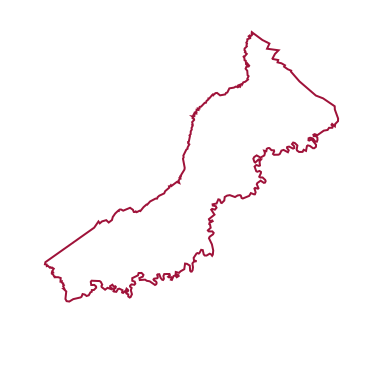 outline of Chumphon Buri, Surin, Thailand, rotated 310°
{"feature_id": "78962969B67487530152126", "entity_name": "Chumphon Buri", "entity_type": "district", "adm_level": 2, "iso_a3": "THA", "parent_name": "Thailand", "parent_adm1": "Surin", "projection": "mercator", "projection_center": [103.342, 15.383], "detail": "fine", "context": "isolated", "style": "outline", "palette": "rose", "viewbox_px": 384, "rotation_deg": 310, "n_neighbors": 0, "source": "geoboundaries", "source_scale": "gbopen_adm2", "svg_char_len": 6039}
<svg xmlns="http://www.w3.org/2000/svg" viewBox="0 0 384 384"><g transform="rotate(310 192 192)"><path d="M233.5,154.5L228.3,157.3L227.7,156.9L226.8,157.9L226.8,159.3L223.2,160.0L222.3,160.8L220.8,160.4L214.3,162.0L213.2,163.3L211.7,163.7L205.8,170.9L204.3,171.8L198.2,172.7L196.9,173.4L196.3,172.9L195.0,174.4L194.5,173.6L193.9,174.3L192.0,174.3L190.7,176.4L190.0,173.9L183.4,172.4L183.7,171.4L182.0,171.4L181.5,170.8L180.8,171.8L175.4,170.9L173.1,171.6L168.1,169.3L166.0,169.0L164.5,169.5L163.5,168.3L157.9,166.0L153.4,165.8L153.2,165.2L149.3,164.6L144.2,164.7L144.0,163.9L141.0,162.6L141.0,161.4L140.0,161.2L139.3,160.2L140.4,158.2L140.1,154.7L133.5,151.3L133.0,149.0L132.1,147.9L130.8,147.6L130.3,148.1L129.7,147.4L126.1,147.0L121.9,147.4L119.1,148.7L115.1,147.8L115.3,144.4L111.7,142.0L108.7,141.5L109.3,139.3L101.8,140.0L44.0,124.8L42.1,125.8L43.0,127.3L41.9,128.4L42.8,129.0L42.7,131.9L43.5,132.1L43.5,133.1L44.2,133.5L44.4,135.4L41.7,135.8L41.3,136.8L40.9,136.1L40.1,136.5L40.6,137.2L39.4,137.5L39.6,138.4L38.7,140.6L39.0,141.3L38.5,141.7L40.7,144.2L41.7,146.7L38.9,148.8L39.9,149.7L38.9,150.3L39.2,152.1L38.4,152.6L38.3,153.8L37.0,153.8L35.7,156.7L35.2,156.1L35.0,159.6L28.7,163.8L27.8,166.1L29.2,168.4L33.6,169.9L39.6,174.4L40.8,174.7L43.5,173.8L44.5,175.7L44.6,178.1L46.5,179.3L49.8,178.7L51.1,179.3L52.5,178.3L53.8,179.8L57.1,180.1L58.0,179.2L58.0,176.9L56.0,174.6L58.1,172.2L59.5,172.1L64.4,178.5L64.5,180.0L63.3,182.8L61.7,183.1L61.1,184.0L61.3,188.2L64.3,188.9L65.8,193.0L66.7,192.6L66.4,190.8L67.2,189.8L69.8,190.6L69.2,192.9L70.5,193.8L70.4,194.6L69.1,195.2L67.2,194.3L66.6,195.5L65.5,195.7L65.6,196.3L66.9,198.2L70.1,197.7L71.2,198.4L72.1,201.9L70.1,203.0L70.4,204.1L74.2,204.6L75.9,204.0L75.9,205.7L75.2,206.6L74.2,206.6L73.2,205.6L72.5,206.0L72.1,207.1L72.6,209.0L71.0,210.3L71.1,212.1L72.0,212.5L75.1,211.7L77.4,208.3L79.7,207.4L79.7,205.4L80.5,204.8L82.3,205.0L83.9,207.5L85.3,207.5L86.5,205.7L85.6,203.3L87.6,201.6L93.4,204.2L95.6,203.2L97.6,205.4L97.3,208.1L95.5,208.7L92.2,207.0L91.0,208.6L94.7,212.4L94.9,214.4L96.4,217.0L97.0,223.4L98.3,223.9L99.6,223.4L100.3,222.2L99.9,219.6L100.3,218.7L101.3,218.7L103.7,220.9L104.9,220.5L106.1,218.6L106.8,218.6L108.0,219.8L106.1,223.1L105.6,225.5L106.0,226.4L107.4,226.3L109.3,224.1L111.3,223.5L114.7,227.4L114.1,228.5L111.7,228.2L111.8,229.3L113.4,230.9L112.8,231.9L111.3,232.2L111.7,233.1L115.7,231.9L117.4,232.8L116.9,235.1L119.1,235.8L119.6,235.1L118.5,232.3L120.3,231.0L121.7,234.0L123.9,234.2L127.9,235.7L132.7,232.7L133.7,234.3L134.2,237.6L130.5,241.2L130.3,242.3L130.8,242.9L132.5,242.7L135.0,241.1L137.6,238.2L139.9,238.2L142.0,240.0L140.9,237.5L142.6,235.6L147.8,235.0L148.8,235.5L149.2,236.8L150.3,236.9L153.6,236.2L154.4,237.6L151.8,241.0L151.5,242.5L152.7,244.0L156.1,245.2L156.5,246.5L156.1,248.4L157.4,248.2L160.8,245.9L164.7,240.9L167.5,234.7L169.1,234.3L173.2,235.3L174.6,234.9L174.9,232.9L172.5,230.0L172.8,228.8L176.6,229.3L178.5,226.9L178.5,225.8L179.6,225.3L182.9,226.6L183.2,225.8L181.7,224.8L181.3,223.8L182.1,222.4L189.1,223.8L190.8,218.1L192.0,218.3L193.2,220.9L195.7,220.9L196.4,219.3L195.0,216.6L195.8,215.7L199.0,218.2L203.3,216.9L203.9,218.1L202.4,221.2L202.7,221.9L206.2,222.2L209.2,220.3L211.8,221.2L213.9,223.0L215.8,228.2L218.7,229.2L220.4,230.7L220.6,231.7L219.3,233.9L219.7,235.1L225.8,238.3L229.0,237.8L230.1,241.1L230.7,241.7L232.7,240.9L234.8,237.6L235.7,237.7L236.9,240.4L237.6,240.5L239.6,236.6L240.9,236.3L244.8,237.3L245.2,241.2L246.2,241.9L247.7,241.4L248.3,240.3L248.5,236.7L247.0,235.0L246.9,233.7L250.9,232.6L251.7,231.9L251.5,230.2L249.5,229.0L249.2,227.9L251.7,223.6L254.0,223.9L255.0,226.5L256.0,227.0L258.9,224.0L261.3,224.0L259.8,222.1L255.2,221.5L255.2,220.4L256.9,217.6L258.8,217.2L261.6,218.0L262.4,222.4L266.5,223.9L268.8,222.8L270.0,220.7L271.0,222.7L273.2,221.5L274.6,222.1L275.4,223.1L275.1,226.0L276.6,228.0L276.0,228.8L273.2,229.6L273.2,230.9L276.3,234.4L277.7,234.8L281.2,233.9L283.1,235.1L284.1,239.9L286.1,239.3L286.8,236.4L287.7,236.0L289.2,237.2L290.2,241.5L291.4,242.1L292.7,240.9L293.0,237.8L294.9,237.7L295.6,239.2L295.4,242.8L291.8,244.9L291.3,245.9L291.5,248.3L293.8,250.9L296.1,250.4L296.8,252.9L301.1,250.5L302.2,250.8L303.1,252.8L303.3,256.5L304.1,257.5L306.3,257.9L307.9,256.7L309.1,250.6L308.6,249.5L306.8,248.8L306.5,248.0L308.1,246.8L309.5,247.6L310.7,250.2L309.9,253.9L310.8,255.3L312.5,254.7L314.3,253.0L314.5,251.4L313.1,249.3L313.9,248.2L315.2,248.8L316.1,251.5L323.7,253.5L326.7,256.0L329.3,255.7L331.4,258.2L332.7,257.7L333.1,255.7L334.2,255.6L334.2,259.2L336.1,258.0L340.1,258.3L342.2,256.7L347.0,248.4L349.4,246.2L348.0,232.2L345.5,224.9L345.8,203.3L347.8,190.4L348.7,190.0L347.6,186.5L347.2,182.0L348.8,181.8L348.1,177.8L346.3,174.2L348.5,173.2L345.8,168.4L345.9,167.9L351.1,166.8L356.2,167.2L350.0,157.4L355.5,155.9L353.7,148.3L352.9,135.1L351.7,135.9L351.8,137.0L349.9,137.0L349.1,136.5L349.1,135.6L347.7,135.3L347.5,136.1L348.5,136.6L347.3,137.7L344.5,136.2L343.4,137.2L341.2,137.7L341.1,138.7L339.4,139.4L338.9,140.4L335.7,140.1L334.4,141.0L334.1,142.5L333.1,142.7L333.0,145.2L329.3,145.1L329.0,143.8L328.4,145.9L326.7,147.6L327.1,148.8L324.6,151.3L324.6,153.1L325.9,152.3L325.5,154.6L324.6,154.7L322.8,153.2L320.9,153.8L320.4,156.4L317.2,159.5L317.1,160.9L314.3,161.6L314.1,162.6L310.6,161.9L309.0,160.8L306.6,161.3L306.8,160.7L304.6,159.6L304.3,161.0L303.5,161.2L303.4,160.4L302.0,159.9L302.6,158.9L301.4,158.9L300.9,157.8L298.9,157.0L295.4,154.0L290.9,155.1L289.7,154.4L288.1,154.7L284.1,151.4L284.0,147.5L282.8,146.4L281.1,146.3L280.4,145.4L279.6,146.0L279.1,145.1L275.1,145.1L274.2,144.4L273.5,145.1L271.2,144.6L269.3,145.3L268.5,144.4L263.3,144.1L262.2,143.2L260.7,144.1L259.8,142.8L258.9,144.1L258.0,142.6L256.3,143.7L255.4,143.3L255.4,144.1L254.7,143.6L254.5,144.3L253.8,143.2L252.4,143.5L253.2,143.9L251.8,144.9L251.5,144.3L250.7,144.7L250.0,143.6L250.0,144.3L248.9,145.0L249.2,146.6L248.6,147.3L245.6,147.2L244.2,149.1L243.5,149.0L243.3,149.9L240.7,150.5L239.7,151.7L237.7,152.0L235.4,153.8L233.8,153.7L233.5,154.5Z" fill="none" stroke="#9f1239" stroke-width="2"/></g></svg>